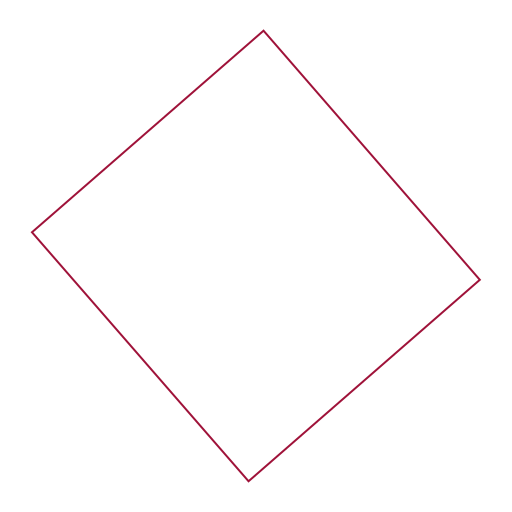 the district of Fillmore, Nebraska, United States of America, rotated 229°
{"feature_id": "52423323B66815680404806", "entity_name": "Fillmore", "entity_type": "district", "adm_level": 2, "iso_a3": "USA", "parent_name": "United States of America", "parent_adm1": "Nebraska", "projection": "robinson", "projection_center": [-97.672, 40.525], "detail": "fine", "context": "isolated", "style": "outline", "palette": "rose", "viewbox_px": 512, "rotation_deg": 229, "n_neighbors": 0, "source": "geoboundaries", "source_scale": "gbopen_adm2", "svg_char_len": 234}
<svg xmlns="http://www.w3.org/2000/svg" viewBox="0 0 512 512"><g transform="rotate(229 256 256)"><path d="M90.9,102.6L91.2,409.3L93.6,409.3L421.1,409.5L420.9,102.5L90.9,102.6Z" fill="none" stroke="#9f1239" stroke-width="2"/></g></svg>